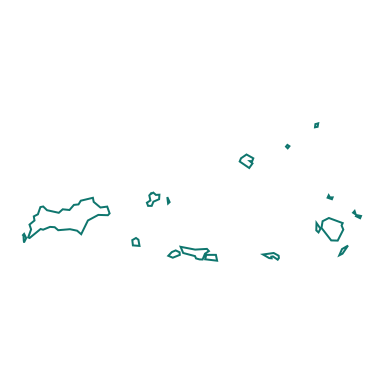 outline of Maluku Barat Daya, Maluku, Indonesia
{"feature_id": "22746128B88480653802061", "entity_name": "Maluku Barat Daya", "entity_type": "district", "adm_level": 2, "iso_a3": "IDN", "parent_name": "Indonesia", "parent_adm1": "Maluku", "projection": "robinson", "projection_center": [127.795, -7.318], "detail": "medium", "context": "isolated", "style": "outline", "palette": "teal", "viewbox_px": 384, "rotation_deg": 0, "n_neighbors": 0, "source": "geoboundaries", "source_scale": "gbopen_adm2", "svg_char_len": 1907}
<svg xmlns="http://www.w3.org/2000/svg" viewBox="0 0 384 384"><path d="M92.9,197.8L80.8,200.7L78.5,204.4L73.9,204.9L69.5,210.0L62.7,209.3L58.8,212.8L47.0,210.2L43.2,206.5L40.4,207.1L37.9,214.3L33.8,216.4L34.5,220.5L29.5,224.6L31.1,229.4L28.2,237.4L29.6,238.0L40.6,229.0L43.1,229.7L50.0,226.9L54.7,227.2L58.2,230.2L70.0,229.2L77.1,230.7L81.2,234.2L87.9,220.5L98.3,214.9L107.9,215.2L109.6,213.4L107.2,206.6L100.4,207.5L93.7,201.9L92.9,197.8ZM328.9,218.0L322.6,221.2L321.5,227.9L331.2,240.4L337.7,240.6L343.3,229.6L341.6,225.5L342.7,223.1L328.9,218.0ZM195.1,249.6L180.6,246.8L183.2,253.0L195.0,256.1L196.0,258.4L199.5,259.4L202.6,259.5L205.0,253.7L208.9,251.1L206.9,248.9L195.1,249.6ZM246.5,154.5L241.0,158.3L239.7,161.5L249.2,168.0L252.5,163.4L249.8,161.1L252.2,161.1L253.3,158.3L246.5,154.5ZM151.8,192.5L149.3,195.4L150.4,200.5L146.9,202.7L148.1,205.9L151.7,205.9L153.4,201.7L159.1,199.2L159.4,194.7L155.9,194.9L153.3,192.6L151.4,193.7L151.8,192.5ZM215.9,254.9L206.2,254.9L205.2,259.3L217.1,260.7L215.9,254.9ZM273.7,253.0L263.0,254.5L269.2,258.1L271.6,258.3L271.3,256.7L272.9,256.4L277.7,259.7L278.9,258.0L278.6,255.7L273.7,253.0ZM175.7,250.4L171.8,252.1L168.3,255.8L172.8,257.7L179.8,254.9L179.6,252.3L175.7,250.4ZM136.0,238.0L132.3,240.1L132.9,245.4L139.5,245.9L138.4,239.7L136.0,238.0ZM348.0,245.6L342.0,249.1L339.3,255.3L342.5,253.7L348.0,245.6ZM316.5,223.0L316.3,230.4L318.5,232.4L320.5,228.7L316.5,223.0ZM24.1,233.9L23.0,235.1L23.5,235.6L23.8,240.9L24.0,241.9L24.3,241.9L26.2,238.1L24.1,233.9ZM318.2,123.3L315.4,124.1L315.0,127.3L317.6,126.8L318.2,123.3ZM328.7,195.3L327.6,197.7L331.9,199.2L332.6,197.4L329.9,197.4L328.7,195.3ZM287.4,144.9L286.0,146.6L287.7,148.3L289.4,146.2L287.4,144.9ZM361.0,216.0L356.8,215.1L356.0,216.2L360.1,218.2L361.0,216.0ZM354.6,211.0L353.1,212.7L355.7,214.4L354.6,211.0ZM169.6,202.1L167.3,197.1L168.1,203.5L169.6,202.1Z" fill="none" stroke="#0f766e" stroke-width="2"/></svg>